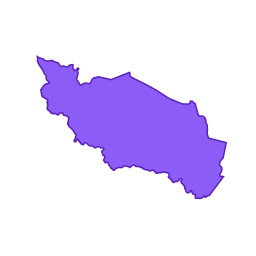 Xochiapulco, Puebla, Mexico (Mercator projection), rotated 282°
{"feature_id": "50627088B83571733703728", "entity_name": "Xochiapulco", "entity_type": "district", "adm_level": 2, "iso_a3": "MEX", "parent_name": "Mexico", "parent_adm1": "Puebla", "projection": "mercator", "projection_center": [-97.658, 19.853], "detail": "fine", "context": "isolated", "style": "filled", "palette": "violet", "viewbox_px": 256, "rotation_deg": 282, "n_neighbors": 0, "source": "geoboundaries", "source_scale": "gbopen_adm2", "svg_char_len": 5618}
<svg xmlns="http://www.w3.org/2000/svg" viewBox="0 0 256 256"><g transform="rotate(282 128 128)"><path d="M76.8,199.8L77.7,201.3L78.3,201.9L78.5,202.1L79.3,202.2L79.8,202.4L79.8,202.7L79.4,203.4L79.1,203.6L78.0,204.1L77.0,205.0L76.7,205.9L77.1,207.6L76.7,207.9L76.1,208.1L74.5,208.0L73.7,208.4L73.3,209.0L73.4,209.6L73.9,210.7L74.0,213.3L74.7,214.1L75.2,215.3L75.7,215.6L77.0,215.9L77.5,216.3L77.5,216.5L77.4,217.0L76.4,217.6L76.4,217.8L76.5,218.5L76.8,218.7L76.9,219.0L77.3,219.0L77.9,219.8L78.2,219.8L78.8,221.5L100.3,231.5L100.3,230.0L99.9,228.5L100.1,227.8L101.1,227.4L102.8,227.8L103.5,228.1L104.8,228.4L107.3,228.4L108.4,228.1L109.4,227.4L110.1,226.0L110.8,225.2L114.4,225.0L118.7,227.3L134.1,227.1L134.2,225.1L134.9,208.9L138.6,206.7L144.0,205.8L147.3,204.8L149.0,203.6L149.9,202.8L151.6,202.6L152.9,201.9L154.2,200.9L155.0,199.3L155.0,197.6L154.7,196.1L154.7,195.4L154.8,194.3L165.8,188.6L166.1,187.2L166.8,186.6L167.4,185.6L167.5,184.3L167.4,183.8L167.1,183.4L166.7,183.3L165.4,183.5L164.1,182.6L163.8,181.8L163.8,181.4L162.8,176.0L165.5,161.9L171.0,147.4L173.9,137.8L177.8,122.8L178.7,120.2L179.5,118.9L180.6,118.8L182.0,118.4L182.7,117.8L171.8,101.5L172.0,88.3L171.1,87.0L170.7,86.0L170.4,84.9L169.2,83.5L168.2,82.9L164.5,81.9L163.4,81.4L163.2,80.2L163.3,78.5L162.7,75.8L160.2,73.2L160.2,72.4L162.1,70.4L163.4,69.5L163.7,68.4L164.8,67.7L166.6,67.6L169.8,67.9L171.2,67.8L172.0,67.5L172.5,67.1L173.5,67.0L173.8,66.7L174.9,67.0L175.6,67.6L176.2,66.8L175.9,66.2L173.8,65.1L173.3,64.5L173.1,63.6L173.4,63.0L174.2,62.7L174.6,62.4L175.1,61.5L175.8,61.3L177.1,61.3L177.9,61.4L178.4,61.0L178.5,60.5L178.4,60.0L177.2,57.7L176.6,57.1L175.9,57.0L175.3,56.5L175.0,55.5L174.9,54.8L175.0,54.2L175.3,52.8L175.3,52.2L175.2,51.5L174.5,50.7L174.3,50.0L175.3,48.0L176.2,47.1L176.8,46.8L177.2,45.6L177.6,41.9L178.4,39.9L176.7,35.7L176.7,32.7L177.7,31.3L178.2,27.9L178.2,27.1L178.4,26.1L179.0,24.5L175.8,25.5L175.3,25.4L174.3,25.6L173.1,26.5L170.6,28.6L166.8,32.7L164.9,34.1L163.6,34.9L163.1,35.7L162.6,36.7L162.2,37.0L158.8,37.9L158.1,38.5L156.7,40.7L155.7,41.7L153.5,37.9L152.4,37.1L149.2,35.5L147.8,35.2L147.5,34.8L145.4,35.4L142.9,36.6L142.1,36.8L141.4,37.2L140.6,38.0L140.4,39.8L139.8,40.6L139.3,42.8L138.8,43.6L137.6,43.7L137.1,44.0L136.1,44.0L136.1,43.6L135.9,43.7L135.0,44.1L133.9,44.8L133.3,44.7L133.1,45.0L131.9,44.6L131.3,44.7L131.1,44.8L130.9,44.7L130.6,44.7L130.1,45.0L129.9,45.2L129.7,45.4L129.4,45.3L129.2,45.6L128.8,46.5L128.3,47.5L128.1,48.0L126.8,49.4L126.4,50.4L126.3,51.2L126.6,52.5L126.9,52.7L127.0,53.0L126.6,55.9L126.2,56.7L126.6,57.3L127.0,57.6L128.4,58.2L128.8,59.1L129.0,60.0L128.9,60.3L128.9,61.1L128.7,61.5L128.4,61.4L127.6,61.8L127.2,62.4L127.1,62.8L127.1,64.2L127.0,65.7L126.8,66.4L126.3,66.9L126.0,67.8L125.8,68.0L125.3,68.1L124.2,68.0L123.9,68.1L123.4,68.0L121.5,68.2L120.0,68.1L119.9,68.3L119.4,68.1L119.2,68.4L118.6,68.8L118.5,69.0L117.4,69.7L114.8,74.1L113.8,75.3L113.3,75.6L111.8,77.0L110.7,78.9L110.2,79.0L109.1,78.5L108.5,78.4L107.3,78.9L106.5,78.6L105.5,78.0L105.1,78.0L104.8,77.9L104.1,78.0L103.5,78.4L103.5,79.3L103.8,79.7L104.7,80.2L105.9,80.2L106.2,80.5L106.4,80.9L106.4,81.2L106.1,81.7L105.5,82.1L105.4,82.5L105.2,82.5L104.8,82.9L104.5,83.6L104.1,83.8L103.9,84.3L103.7,84.3L103.5,84.7L103.1,84.8L102.7,85.5L102.6,86.2L102.4,86.4L102.2,87.2L102.6,87.7L102.7,88.2L103.7,88.3L104.2,88.6L104.5,88.9L104.8,89.5L104.8,90.4L104.1,91.5L103.3,92.4L103.2,93.0L102.8,93.5L102.6,95.3L103.0,96.5L103.1,97.0L103.0,97.5L102.8,97.9L102.0,98.9L101.8,99.3L101.8,100.1L101.9,100.5L103.3,102.1L103.7,103.2L103.7,103.6L103.6,104.2L102.8,105.4L103.0,106.0L103.1,106.6L103.4,107.1L103.1,108.3L102.6,108.7L102.0,108.7L101.5,108.4L100.2,107.3L99.7,107.2L99.0,107.4L97.7,108.2L97.0,108.9L96.1,109.1L96.1,110.2L95.7,111.1L93.8,111.2L93.2,111.4L92.9,111.3L92.2,110.8L91.7,110.7L90.9,111.2L90.8,111.7L90.4,111.8L90.0,112.1L89.9,112.4L89.7,112.4L89.5,112.6L89.3,113.1L89.5,113.6L90.1,114.3L90.3,114.6L90.1,115.4L89.9,115.6L89.8,115.9L89.4,115.9L89.1,116.3L88.5,116.5L87.9,117.1L87.2,117.5L85.8,119.3L85.2,119.5L85.1,120.0L84.9,120.6L84.3,121.3L84.3,121.6L83.6,122.7L83.7,123.2L84.0,123.3L84.2,123.6L86.0,124.5L86.3,125.2L86.5,125.8L87.2,126.4L87.4,126.7L87.8,129.6L88.1,130.4L88.5,130.9L89.8,131.7L90.2,132.5L90.4,134.1L90.3,136.0L90.1,137.1L89.7,137.8L89.9,138.3L90.1,138.4L91.3,139.3L91.8,139.5L92.1,139.8L92.9,140.8L93.1,141.5L92.9,142.2L92.2,143.3L92.3,143.6L92.0,143.8L92.1,144.7L92.4,145.5L92.5,146.9L92.3,148.1L91.9,148.9L92.2,149.6L92.2,150.0L92.1,150.4L91.5,151.1L90.9,152.4L90.8,153.4L91.1,155.3L90.9,155.9L90.8,156.8L90.4,158.2L90.7,158.7L90.8,159.2L91.0,159.5L91.7,160.2L91.7,160.6L91.9,160.9L91.9,161.3L91.7,162.2L91.6,162.4L91.3,162.8L91.2,162.8L91.1,163.2L90.7,163.8L90.2,163.9L90.2,164.2L89.9,164.5L89.6,165.2L89.6,165.5L89.9,166.2L90.3,166.7L90.4,167.1L90.8,167.8L90.8,168.7L91.3,169.8L91.6,169.9L92.0,171.5L92.2,172.2L92.5,172.4L92.7,173.2L92.4,174.1L92.4,175.1L92.5,175.3L92.3,175.7L92.4,175.9L92.3,176.1L92.3,176.5L92.1,176.6L91.9,177.3L90.9,178.1L89.3,177.9L88.9,177.6L88.3,177.8L88.0,178.0L87.8,178.5L87.9,179.2L87.0,180.0L86.7,180.8L86.6,180.7L86.5,181.1L85.6,181.6L85.5,181.9L84.7,182.6L84.5,183.1L84.4,183.1L84.4,183.5L84.2,183.9L85.4,185.4L85.6,186.2L85.7,186.7L85.9,187.1L87.1,188.5L88.4,189.1L89.3,189.8L89.6,190.4L89.6,190.8L89.4,191.0L89.1,191.2L88.6,191.3L87.2,190.9L86.7,190.9L86.4,191.3L85.9,191.4L85.9,191.6L85.4,191.7L84.9,192.2L84.9,192.4L84.3,193.6L83.8,194.0L83.8,194.3L83.1,195.0L83.0,195.3L82.4,195.4L81.1,195.9L81.0,196.1L80.8,196.1L80.0,196.6L79.8,196.9L79.6,197.0L79.4,197.3L78.7,197.8L77.8,198.0L76.8,199.8Z" fill="#8b5cf6" stroke="#5b21b6" stroke-width="1.5"/></g></svg>